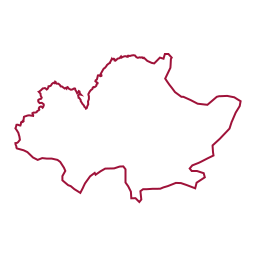 outline of Jo River, River Cess, Liberia
{"feature_id": "62588387B78382325144882", "entity_name": "Jo River", "entity_type": "district", "adm_level": 2, "iso_a3": "LBR", "parent_name": "Liberia", "parent_adm1": "River Cess", "projection": "albers", "projection_center": [-9.507, 6.035], "detail": "fine", "context": "isolated", "style": "outline", "palette": "rose", "viewbox_px": 256, "rotation_deg": 0, "n_neighbors": 0, "source": "geoboundaries", "source_scale": "gbopen_adm2", "svg_char_len": 3950}
<svg xmlns="http://www.w3.org/2000/svg" viewBox="0 0 256 256"><path d="M240.6,101.2L237.3,99.2L234.3,97.3L227.2,95.9L220.5,96.2L219.2,96.2L216.8,96.8L211.3,101.5L207.4,104.8L204.6,104.5L197.6,103.7L195.9,102.8L193.0,101.3L190.7,100.1L183.8,97.0L183.3,96.8L181.4,96.8L175.0,92.1L171.8,87.8L169.5,84.9L167.4,81.9L165.2,78.6L170.4,67.8L170.6,65.0L170.9,59.0L171.7,57.6L168.4,54.0L164.9,54.0L163.5,58.7L159.9,57.6L157.2,60.4L154.2,63.4L151.7,62.9L147.3,60.9L143.9,57.7L143.3,58.2L142.7,58.0L142.0,57.3L140.7,57.6L139.9,57.3L137.8,57.8L136.4,57.2L135.0,55.5L134.5,55.4L133.4,55.2L131.5,55.5L129.9,56.0L128.6,55.7L128.3,55.8L128.0,55.8L127.9,56.4L127.8,56.8L127.7,56.8L126.9,56.7L126.7,56.7L126.0,56.2L124.5,56.3L124.2,56.4L123.2,56.7L121.7,57.5L121.5,56.9L121.1,56.6L121.0,56.4L120.7,56.7L120.3,57.2L119.8,58.1L117.5,58.7L116.7,59.6L115.4,60.7L114.6,60.5L114.5,59.2L113.8,58.7L113.3,58.9L112.7,59.3L111.9,59.1L111.8,58.9L110.4,61.8L110.0,62.3L110.0,62.9L109.3,63.3L108.8,63.5L106.9,65.1L106.8,65.4L106.0,66.6L105.4,67.3L104.9,67.9L104.3,68.2L103.6,68.8L102.6,70.5L101.1,73.2L100.6,74.1L101.5,75.2L101.4,75.9L100.4,76.2L99.1,75.4L98.2,75.3L97.9,75.4L97.3,78.0L96.9,79.4L96.6,79.7L95.6,80.4L95.4,81.3L96.2,81.9L96.3,82.0L96.9,82.4L97.6,82.9L97.6,83.5L96.8,84.0L96.4,84.8L96.4,85.6L95.9,86.2L94.5,87.2L93.8,87.1L93.5,87.0L92.7,87.7L92.7,88.3L92.3,89.1L91.1,89.9L89.8,91.4L89.0,92.9L88.8,93.4L88.4,94.0L88.4,94.8L88.9,96.2L88.9,99.1L88.0,101.5L88.1,102.5L88.2,104.4L87.3,106.2L86.8,108.0L86.3,108.5L85.9,108.6L85.8,107.9L84.4,106.8L83.9,105.5L82.3,103.7L82.2,103.4L80.7,101.1L80.7,100.0L79.8,98.7L79.2,97.9L78.6,97.8L78.5,97.1L78.1,95.3L79.6,94.3L81.0,94.7L79.8,93.4L79.5,91.5L78.8,91.1L78.3,92.4L77.4,93.0L77.1,93.2L76.3,91.4L75.4,90.1L75.1,88.6L74.3,88.4L73.8,88.6L73.2,88.9L73.1,89.1L72.3,89.5L71.7,89.6L70.8,89.7L68.9,88.7L67.6,87.1L66.8,87.5L66.5,88.6L65.8,87.9L64.7,88.5L61.8,86.4L60.7,86.4L59.9,85.0L58.4,83.7L56.7,83.7L55.9,83.2L55.8,82.2L55.5,82.0L55.1,81.7L54.5,83.1L54.0,82.8L53.4,82.8L51.9,83.9L51.0,85.4L50.8,85.7L50.0,86.1L49.4,86.1L48.5,86.3L48.4,87.3L47.5,88.9L46.7,89.5L45.3,88.2L44.6,88.1L43.6,88.4L43.1,88.4L42.8,88.4L41.1,90.1L39.1,91.7L38.8,91.8L39.4,92.5L39.9,93.0L40.5,93.6L40.5,94.1L40.7,95.7L41.7,97.6L41.2,98.7L39.0,99.4L38.5,99.8L38.2,100.1L38.3,101.6L39.6,103.1L40.9,102.9L41.9,102.9L43.7,104.3L43.8,105.2L43.3,106.6L43.2,106.9L42.6,107.7L41.5,106.6L40.8,106.5L39.5,107.1L39.3,107.4L38.8,108.3L39.3,109.7L38.6,110.4L37.4,110.9L36.6,112.2L35.0,112.6L33.4,112.6L33.2,112.7L32.4,113.2L32.7,114.3L33.1,114.9L33.2,115.1L33.1,115.9L31.9,115.7L29.0,115.3L27.3,115.6L26.0,116.1L24.6,116.5L24.0,116.8L23.8,117.9L23.5,120.5L23.1,120.6L23.5,121.3L22.6,122.1L21.6,121.9L21.2,122.2L21.1,122.3L20.8,124.3L20.4,125.5L19.5,125.4L17.8,124.7L16.5,124.8L16.3,125.5L16.0,126.9L15.4,128.3L15.8,128.9L16.2,129.4L18.3,132.7L19.1,135.6L19.4,136.5L19.9,139.8L18.9,141.1L18.0,142.2L17.3,142.8L16.1,143.0L15.4,143.1L15.5,144.2L16.0,145.5L16.4,146.5L16.4,147.7L17.0,148.5L17.5,148.6L23.7,150.3L27.4,152.1L33.0,157.5L37.7,159.9L39.9,159.0L42.2,158.1L46.8,158.6L51.7,158.6L57.5,159.9L60.2,161.9L60.4,162.2L64.0,167.8L65.3,170.9L62.4,176.1L62.4,180.3L67.7,184.8L68.2,185.2L70.7,186.1L74.3,189.1L77.5,191.1L80.3,192.9L83.0,187.7L83.5,186.5L85.0,183.4L90.1,176.3L94.7,172.9L95.6,174.7L100.8,171.1L101.0,171.0L105.2,168.6L114.1,168.4L119.5,166.6L120.3,166.5L123.3,166.4L125.5,169.3L125.5,176.9L125.5,182.5L128.2,186.3L130.9,191.7L131.3,198.3L135.5,198.2L139.3,202.0L141.3,199.5L140.5,192.1L140.4,191.2L143.1,189.2L146.7,189.2L152.7,188.8L156.1,188.8L157.1,188.8L160.3,188.7L163.4,187.4L167.8,186.1L175.9,182.9L181.0,183.1L186.8,185.1L195.2,188.3L196.6,182.7L204.8,177.3L203.7,173.2L197.0,171.0L191.7,171.0L189.7,168.5L192.3,165.4L195.3,164.2L198.6,162.9L200.5,162.0L207.9,158.2L213.5,155.5L213.0,152.1L212.6,146.4L212.6,145.4L219.7,138.9L229.5,128.6L231.7,121.8L232.1,121.0L235.7,112.6L239.7,106.1L240.6,101.2Z" fill="none" stroke="#9f1239" stroke-width="2"/></svg>